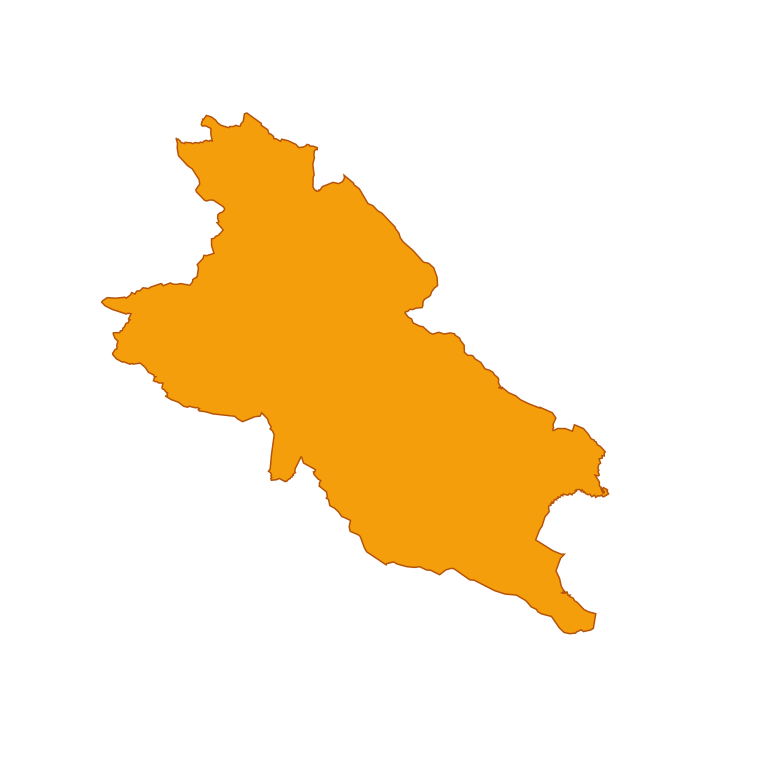 Killarney Lea-7, Kerry, Ireland, rotated 38°
{"feature_id": "5873133B17042866960097", "entity_name": "Killarney Lea-7", "entity_type": "district", "adm_level": 2, "iso_a3": "IRL", "parent_name": "Ireland", "parent_adm1": "Kerry", "projection": "robinson", "projection_center": [-9.439, 52.045], "detail": "fine", "context": "isolated", "style": "filled", "palette": "amber", "viewbox_px": 768, "rotation_deg": 38, "n_neighbors": 0, "source": "geoboundaries", "source_scale": "gbopen_adm2", "svg_char_len": 6134}
<svg xmlns="http://www.w3.org/2000/svg" viewBox="0 0 768 768"><g transform="rotate(38 384 384)"><path d="M601.9,305.1L599.8,302.4L600.2,301.3L597.8,300.8L593.2,300.0L589.5,300.5L586.7,299.0L585.0,299.5L584.0,298.8L580.9,299.7L576.4,297.9L568.6,296.3L559.1,298.9L561.6,305.2L554.3,307.5L548.3,312.1L546.2,316.5L544.9,316.2L544.6,314.2L542.1,311.8L540.4,305.0L534.3,303.0L521.3,306.3L521.6,307.0L510.8,310.3L501.2,312.4L495.1,312.2L487.7,314.1L478.9,313.9L478.0,314.5L480.1,315.4L477.7,315.5L476.5,316.7L477.3,315.0L476.9,314.2L473.3,312.5L471.4,309.6L469.8,308.9L465.2,308.7L462.7,307.7L458.6,308.2L454.3,309.9L447.0,307.4L440.2,308.2L437.4,307.2L435.5,307.4L432.3,309.9L427.8,309.5L423.3,304.1L417.5,302.6L415.5,301.3L410.2,301.8L408.7,301.0L404.7,303.0L400.6,307.6L395.3,309.5L391.7,314.7L388.5,315.5L379.2,314.9L376.8,316.3L369.4,318.0L365.6,315.7L362.0,316.4L356.8,315.0L356.5,313.8L358.0,312.2L358.5,309.1L360.8,307.7L362.6,304.4L367.0,300.3L366.5,298.6L364.0,294.9L363.8,292.2L365.8,286.9L365.9,285.1L364.8,282.4L364.6,277.6L365.6,273.4L360.1,267.2L351.6,261.8L345.0,261.4L340.0,263.7L325.1,261.0L311.7,260.2L306.9,258.8L302.9,256.0L297.0,254.4L296.2,253.5L277.1,250.7L272.5,251.4L265.4,250.3L260.3,251.7L244.4,245.4L237.6,245.5L236.4,244.5L224.0,244.1L226.0,245.9L226.8,249.9L225.4,253.0L224.9,254.0L219.7,256.5L213.9,266.4L214.2,270.4L213.1,271.3L213.8,272.0L212.0,273.8L211.2,273.2L210.2,273.8L206.8,272.6L200.9,264.7L200.4,262.5L192.5,254.5L189.7,248.2L188.4,247.5L185.7,243.5L185.9,241.1L187.1,240.4L186.0,238.8L181.6,240.3L179.1,242.1L177.6,241.8L175.9,242.5L175.5,245.2L174.1,247.5L171.1,250.2L167.0,249.4L158.5,251.4L152.7,254.0L153.0,256.6L148.6,257.0L146.0,258.5L144.5,256.9L140.7,256.8L139.3,257.6L135.7,255.2L128.2,255.7L126.8,254.2L109.1,254.9L107.7,257.0L111.3,263.6L111.1,267.3L112.0,269.1L110.8,270.5L108.1,271.3L106.6,274.0L104.0,276.0L103.9,277.6L96.5,280.4L92.3,280.7L88.8,279.7L83.8,279.8L78.7,281.7L78.9,286.2L78.1,287.0L78.9,287.5L79.0,289.4L80.4,292.2L82.0,292.6L84.5,290.4L90.2,289.2L94.1,294.1L99.1,298.2L97.0,299.0L96.7,300.5L93.9,301.4L92.7,303.3L92.5,305.4L90.3,306.5L90.1,307.9L86.5,310.0L85.3,312.4L83.8,312.6L78.5,316.0L78.9,317.2L75.7,318.6L73.2,317.9L71.0,317.8L70.5,318.6L68.6,318.2L72.9,321.3L75.9,325.5L81.4,330.6L94.8,332.9L100.4,332.5L112.5,336.8L115.7,339.9L116.1,346.6L117.7,348.0L129.4,349.7L131.5,349.0L133.5,346.2L136.4,344.2L148.0,343.2L150.1,343.8L151.0,344.7L150.9,348.0L149.4,350.1L148.8,352.8L150.8,355.8L153.9,357.7L154.1,358.3L153.0,359.7L162.5,361.6L161.9,369.0L160.6,370.9L160.3,374.0L158.7,375.8L162.9,381.1L169.6,385.7L165.3,392.0L162.9,393.4L164.1,396.7L163.3,404.9L166.2,406.6L170.7,414.5L169.0,419.4L170.2,421.2L170.3,425.7L162.0,430.0L158.9,433.5L156.4,435.1L153.4,435.9L149.5,442.5L147.1,441.9L146.3,442.4L140.6,451.1L139.6,453.8L134.8,456.6L134.3,460.6L132.0,463.1L132.2,466.3L132.9,466.4L128.8,467.3L129.4,470.0L127.9,475.2L126.4,475.1L119.6,481.7L112.7,486.4L111.1,491.5L111.1,493.4L116.0,494.1L124.1,492.5L137.9,487.5L138.5,486.0L141.4,484.3L142.7,490.1L144.4,489.8L143.9,491.0L144.8,493.3L143.9,494.0L143.4,495.6L144.3,498.6L143.9,500.8L144.9,502.9L143.6,504.4L144.1,506.3L139.2,510.2L139.8,511.3L144.1,513.7L147.8,514.0L149.6,518.0L151.9,520.5L150.9,522.3L151.3,526.9L152.1,527.8L157.8,528.9L164.4,527.8L165.1,526.8L171.6,524.8L172.4,523.2L173.8,523.0L179.1,517.6L185.5,517.9L191.2,519.8L196.8,518.7L198.5,519.6L199.6,518.9L199.2,520.4L200.3,523.4L202.7,522.8L203.5,521.9L205.6,522.0L209.3,519.4L211.2,523.5L212.4,524.3L214.3,523.7L216.4,524.5L219.0,524.3L218.8,525.0L220.5,526.5L220.4,527.3L218.8,528.1L225.9,527.3L233.3,524.9L239.8,524.9L243.6,523.2L244.1,521.5L250.0,518.9L251.1,517.6L253.9,517.1L253.5,518.6L255.1,518.9L260.1,515.9L267.9,512.7L286.3,501.3L290.3,501.6L295.8,500.7L302.5,489.1L306.1,485.7L305.4,482.0L313.8,483.2L317.0,485.5L321.7,487.4L321.9,489.5L325.2,489.7L328.8,491.7L338.8,508.9L346.6,521.0L346.7,523.9L348.9,523.7L351.4,524.8L351.3,525.9L353.2,526.9L352.8,528.0L354.5,529.2L358.5,525.3L359.6,522.9L366.1,521.8L366.0,521.2L367.2,520.6L367.4,517.7L368.2,516.7L368.1,514.6L368.7,513.9L368.3,513.3L368.8,511.6L367.9,511.2L368.7,508.2L367.5,507.8L366.1,505.3L363.5,492.5L364.1,492.4L369.2,495.8L382.7,493.7L383.5,495.8L382.5,496.7L384.5,498.3L390.7,499.5L393.6,499.0L394.0,501.9L395.2,503.0L395.6,504.3L405.3,504.5L408.8,507.8L408.9,509.5L411.4,509.1L416.2,513.2L421.5,512.3L426.9,512.8L432.0,514.4L441.6,512.1L444.4,517.9L448.0,520.9L456.9,518.6L459.2,518.8L469.5,525.2L473.6,526.9L497.0,525.2L496.6,524.1L501.0,518.4L505.4,517.7L514.4,513.9L520.9,509.8L524.7,506.0L531.9,504.4L535.3,502.1L545.3,500.0L547.1,492.6L550.2,488.2L552.6,486.5L572.2,485.5L575.8,483.1L598.2,478.8L608.7,475.0L618.3,468.8L629.3,467.4L637.2,469.0L642.8,467.8L645.6,468.7L649.6,468.2L659.1,464.1L672.4,468.2L678.8,468.9L684.1,466.4L688.4,462.3L688.3,461.1L690.7,456.3L693.6,456.3L698.4,450.5L699.4,447.7L692.3,434.6L685.4,437.6L680.5,438.6L670.4,437.1L667.9,437.5L664.8,436.3L660.8,437.2L660.6,435.8L659.0,437.2L656.5,435.2L655.9,435.5L655.9,436.9L654.2,436.3L654.6,438.2L652.9,439.0L653.4,438.0L652.7,436.1L648.3,434.3L642.1,429.2L634.6,425.4L630.4,412.7L630.9,407.1L628.5,409.0L619.9,411.4L599.5,413.5L596.4,403.2L596.0,398.6L592.7,389.8L592.8,383.0L589.3,379.5L589.0,378.4L590.2,376.8L589.0,376.1L590.1,374.4L589.5,374.6L588.9,373.5L590.6,373.0L589.4,370.2L590.9,369.3L590.4,369.2L590.6,368.2L591.6,366.9L590.7,365.9L592.5,364.9L592.1,362.5L593.8,361.9L592.9,360.5L597.4,358.4L597.6,356.1L600.4,355.6L600.1,354.4L601.3,352.1L600.3,350.0L601.6,349.8L600.8,348.7L601.3,348.2L603.2,346.6L605.4,347.2L604.9,346.1L605.5,345.3L607.6,346.6L608.0,346.5L607.2,345.9L608.5,345.6L611.0,346.1L613.0,345.6L613.9,344.2L617.1,344.9L618.4,341.9L620.7,343.0L621.3,340.4L623.0,339.5L624.1,337.3L625.4,338.1L626.6,337.6L628.6,332.3L625.7,331.2L625.3,329.8L620.8,330.5L621.0,332.8L623.9,333.2L624.5,334.8L623.4,335.0L619.5,333.1L619.7,332.2L619.1,331.7L616.6,331.8L614.0,328.6L606.5,325.9L609.4,324.5L609.7,323.2L606.3,321.1L606.4,319.7L604.5,318.8L602.8,315.3L603.4,313.0L599.5,310.6L601.6,308.1L600.0,306.2L601.9,305.1Z" fill="#f59e0b" stroke="#b45309" stroke-width="1.5"/></g></svg>